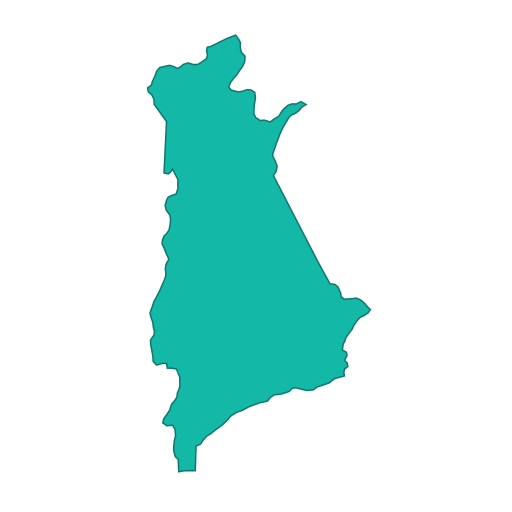 Lafaiete Coutinho, Bahia, Brazil, rotated 93°
{"feature_id": "56859067B55716819349441", "entity_name": "Lafaiete Coutinho", "entity_type": "district", "adm_level": 2, "iso_a3": "BRA", "parent_name": "Brazil", "parent_adm1": "Bahia", "projection": "orthographic", "projection_center": [-40.301, -13.623], "detail": "fine", "context": "isolated", "style": "filled", "palette": "teal", "viewbox_px": 512, "rotation_deg": 93, "n_neighbors": 0, "source": "geoboundaries", "source_scale": "gbopen_adm2", "svg_char_len": 2930}
<svg xmlns="http://www.w3.org/2000/svg" viewBox="0 0 512 512"><g transform="rotate(93 256 256)"><path d="M324.5,156.4L320.0,154.6L315.5,151.8L311.9,148.9L310.0,145.2L307.0,141.2L303.6,138.9L301.2,141.7L297.5,145.2L294.4,149.2L292.8,153.7L293.9,159.7L294.4,165.8L292.3,168.7L288.3,169.7L282.6,172.5L280.2,175.8L279.8,180.7L258.8,193.7L174.8,242.8L170.2,240.2L165.0,239.6L159.7,242.0L155.2,244.6L151.8,244.3L147.9,243.0L142.3,241.5L137.9,240.0L133.5,238.7L129.9,237.3L125.5,235.5L122.0,233.6L119.2,232.1L115.6,230.3L112.9,227.2L111.5,224.3L108.9,221.0L104.9,218.0L102.1,213.9L99.5,219.3L102.0,223.5L102.3,228.3L103.9,232.0L106.2,234.5L109.3,237.3L115.3,240.6L117.4,243.9L121.4,248.8L119.9,254.8L120.5,258.8L117.8,263.5L113.9,265.6L108.6,265.7L104.5,265.5L98.4,264.8L92.6,265.8L90.4,269.9L90.5,274.0L92.1,277.8L93.1,282.1L91.6,289.5L88.6,292.1L83.6,290.3L80.1,287.9L76.3,284.7L72.3,282.5L67.5,279.4L62.5,277.4L57.0,277.4L53.4,281.3L48.3,282.7L43.8,282.7L40.6,284.6L36.5,287.9L38.1,291.5L40.1,296.0L42.1,299.6L44.7,304.3L47.2,308.8L49.0,311.9L50.0,315.6L53.5,316.1L58.0,315.0L61.4,315.8L64.3,319.2L67.7,324.0L68.1,328.5L66.7,333.8L68.5,338.7L71.2,341.3L72.8,344.4L71.3,347.8L70.1,352.1L71.8,358.5L72.8,362.0L76.7,364.9L82.1,366.5L87.2,368.6L90.7,369.4L93.9,373.1L97.8,372.1L100.5,368.5L104.9,366.1L109.8,365.7L126.4,352.4L177.9,352.2L178.6,347.9L176.4,345.5L173.6,343.9L183.8,337.9L188.1,337.9L192.8,337.5L198.3,339.0L199.7,342.8L201.8,346.8L205.4,348.3L210.3,349.4L215.0,348.0L219.7,344.2L223.2,343.3L228.4,343.3L234.5,344.2L238.4,346.5L240.9,348.9L244.8,350.2L248.8,350.5L252.9,348.2L258.6,345.6L263.7,342.9L269.2,345.5L273.8,345.9L277.4,345.1L280.6,345.1L284.9,346.3L290.8,348.6L296.1,350.5L302.0,353.2L306.9,355.6L311.5,356.8L318.4,358.9L322.6,357.7L327.7,355.6L333.0,354.7L336.4,353.5L340.1,353.7L345.6,357.0L350.3,356.5L354.4,355.4L361.9,353.7L366.6,353.2L370.1,349.6L368.2,344.0L368.0,339.7L372.7,338.7L372.4,334.2L373.1,329.5L377.6,327.4L381.1,325.8L384.2,325.6L390.1,325.2L394.0,326.2L397.1,327.4L401.2,327.6L405.1,329.9L408.3,332.5L414.5,334.2L419.2,336.9L423.4,339.6L427.5,340.4L430.2,336.2L429.4,330.4L433.5,327.8L439.8,326.9L444.7,327.9L451.0,328.2L455.4,327.9L460.7,326.0L463.1,323.0L475.5,321.9L474.3,316.8L473.9,311.4L473.6,305.4L449.0,305.9L446.6,301.4L443.3,299.6L438.6,295.9L435.7,291.8L432.5,288.2L429.3,284.3L426.9,281.3L423.9,278.3L420.3,275.1L417.6,273.3L415.5,270.6L412.8,266.5L410.9,261.6L408.7,258.1L406.8,255.0L405.0,250.8L403.5,247.1L402.2,244.1L401.5,241.0L400.2,236.9L396.3,234.0L393.6,230.4L392.9,224.8L391.5,220.7L389.5,215.8L386.3,213.0L385.5,209.4L386.5,204.4L387.6,198.2L386.7,191.8L383.7,188.3L382.3,184.7L380.3,179.6L378.8,176.1L376.4,173.6L374.2,170.8L372.8,166.4L371.2,161.5L367.4,162.2L364.1,161.5L361.6,158.5L358.2,159.2L355.5,162.1L350.7,159.9L347.4,160.6L345.4,164.8L339.5,164.3L335.9,162.7L332.4,161.8L328.1,159.0L324.5,156.4Z" fill="#14b8a6" stroke="#0f766e" stroke-width="1.5"/></g></svg>